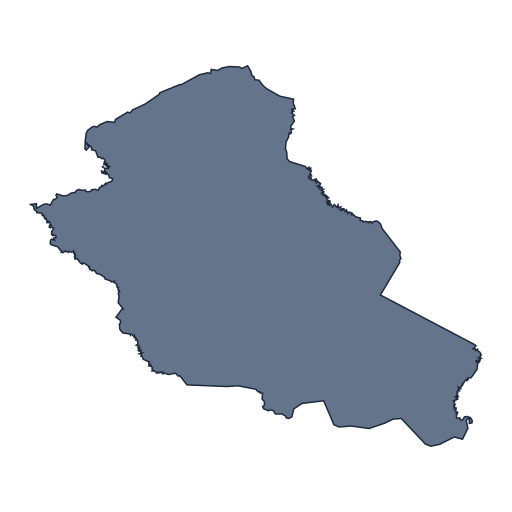 outline of Mamberamo Raya, Papua, Indonesia
{"feature_id": "22746128B39960960221771", "entity_name": "Mamberamo Raya", "entity_type": "district", "adm_level": 2, "iso_a3": "IDN", "parent_name": "Indonesia", "parent_adm1": "Papua", "projection": "orthographic", "projection_center": [137.649, -2.444], "detail": "fine", "context": "isolated", "style": "filled", "palette": "slate", "viewbox_px": 512, "rotation_deg": 0, "n_neighbors": 0, "source": "geoboundaries", "source_scale": "gbopen_adm2", "svg_char_len": 6005}
<svg xmlns="http://www.w3.org/2000/svg" viewBox="0 0 512 512"><path d="M293.6,99.2L279.9,96.2L267.1,89.0L263.0,85.6L258.9,80.1L254.8,79.8L254.2,76.9L251.8,75.4L251.1,71.8L247.6,65.8L241.8,68.5L239.6,67.0L229.5,66.5L221.9,68.0L217.7,70.4L211.3,69.4L210.6,73.4L207.5,72.8L199.3,74.8L181.2,84.7L180.0,84.5L159.8,92.7L159.4,94.2L145.4,103.9L132.4,110.0L130.1,112.9L127.7,112.1L115.5,119.4L114.5,122.4L107.1,121.5L99.7,124.7L97.0,127.1L94.5,126.3L91.9,127.1L87.6,130.5L86.2,133.2L85.1,141.7L91.4,147.3L91.6,149.8L95.6,150.8L98.0,157.2L100.4,157.4L101.7,158.7L103.2,158.2L104.9,159.9L105.2,162.6L107.1,163.9L108.1,166.1L109.6,166.5L108.1,168.5L104.5,168.2L104.5,170.5L108.7,175.1L109.4,177.7L112.5,178.6L112.4,180.4L110.6,181.9L107.6,182.7L106.8,183.9L105.7,183.2L103.7,185.7L101.7,185.4L101.7,186.5L100.0,187.2L97.7,190.3L95.3,189.3L91.7,189.7L91.0,191.2L87.6,191.8L85.7,191.2L85.3,190.0L81.9,190.3L79.1,189.4L76.2,190.6L75.4,192.3L70.8,193.2L67.9,195.3L63.5,196.0L56.8,193.9L55.9,195.2L57.2,197.4L54.9,199.5L53.5,199.4L50.3,205.1L46.8,203.9L43.7,204.3L36.6,208.3L36.4,203.7L30.7,204.4L33.7,206.4L34.3,209.7L37.0,211.6L36.8,212.7L41.7,213.2L42.4,215.6L43.6,215.0L44.5,218.3L45.8,218.2L45.5,219.1L46.6,219.5L47.0,222.7L47.9,222.6L47.5,221.5L48.6,222.4L49.1,221.5L51.3,225.4L49.6,225.1L49.2,227.1L50.5,227.9L51.8,227.1L53.8,228.4L51.4,232.0L52.2,233.7L51.6,234.4L52.8,235.8L53.5,235.0L55.8,235.8L56.0,237.5L53.8,238.0L54.7,240.2L51.7,239.1L50.6,240.1L50.2,243.6L51.2,244.7L57.9,246.9L59.8,249.8L61.6,250.6L61.1,252.4L63.0,252.6L64.9,251.0L65.6,251.8L67.0,251.2L68.4,252.5L69.2,251.5L71.8,252.2L73.6,250.8L73.9,253.4L74.9,253.2L74.7,255.3L75.7,255.6L75.5,256.8L74.5,256.9L75.0,259.1L77.3,258.7L80.4,263.0L82.4,264.1L82.8,263.0L84.7,263.6L88.4,266.0L88.6,267.1L89.4,266.8L89.6,269.5L91.7,269.8L92.0,270.8L94.4,270.3L96.7,273.6L100.3,274.4L104.7,277.5L105.2,279.1L110.9,280.9L111.1,281.8L114.2,281.4L113.6,282.1L116.9,284.4L116.9,286.8L118.2,287.3L117.7,287.7L119.1,290.8L118.3,290.4L118.4,291.1L119.6,292.1L118.2,293.5L119.0,296.3L118.2,302.7L123.3,309.1L121.8,309.3L116.0,317.2L120.4,320.3L120.5,323.0L119.4,324.0L119.8,329.4L122.9,333.0L129.5,333.9L130.3,334.9L130.3,334.2L131.7,334.5L133.8,336.3L134.3,335.6L134.4,337.8L135.4,337.2L136.1,338.2L135.8,340.1L137.3,339.9L138.0,344.2L136.3,345.2L139.2,346.2L138.0,347.3L139.8,348.0L138.5,348.8L139.4,349.8L138.2,350.1L139.1,351.3L141.1,350.3L140.8,352.5L142.0,352.7L139.4,353.8L141.5,354.2L141.0,356.3L142.3,356.5L143.2,359.3L149.5,362.1L148.7,362.8L149.0,364.8L151.4,364.6L149.1,365.9L151.2,366.3L152.7,368.1L151.9,369.1L153.0,370.3L152.2,371.0L154.6,371.0L157.1,373.3L158.2,372.0L159.1,373.0L161.1,371.8L161.6,373.0L162.9,372.2L163.2,373.9L164.5,373.1L168.4,374.5L175.5,373.2L178.2,376.1L180.0,375.9L187.0,384.9L226.9,386.5L238.0,385.8L255.7,389.2L258.2,391.9L259.7,391.5L260.0,393.0L262.6,393.3L262.0,398.9L264.4,401.7L264.4,405.2L262.6,406.6L263.6,408.7L268.6,410.8L269.9,409.9L273.4,410.6L275.3,414.0L281.9,414.0L285.3,415.8L286.4,418.0L288.7,418.5L291.8,417.0L293.8,408.9L302.1,403.4L323.7,400.8L333.9,424.7L339.0,427.0L351.1,426.0L369.0,428.5L385.2,423.0L393.1,419.1L401.3,418.5L425.3,444.0L430.9,446.2L439.8,444.3L454.2,437.0L462.5,439.2L467.9,428.2L466.2,420.6L467.6,418.9L469.3,418.9L469.3,423.4L472.0,422.9L472.2,420.4L470.4,417.6L467.1,416.5L464.6,416.8L462.6,419.8L460.6,420.1L459.7,417.9L457.0,418.2L456.2,416.2L457.5,413.1L456.3,413.1L457.3,412.3L454.9,410.2L456.1,409.4L456.0,407.8L453.9,408.0L454.9,404.9L454.2,405.4L453.8,403.8L454.6,401.5L453.5,400.7L457.4,399.3L456.4,398.6L457.7,397.6L456.1,397.1L457.5,396.7L456.2,396.1L457.6,395.4L456.8,394.9L457.7,392.9L456.5,391.7L457.6,392.1L457.5,391.0L459.7,390.7L458.3,388.7L458.3,387.8L459.1,389.1L459.2,387.4L460.8,388.5L460.7,387.1L462.5,385.3L462.0,384.3L462.9,384.3L464.9,380.6L466.1,380.0L467.0,381.3L466.6,379.3L468.1,379.5L467.6,378.2L471.1,377.7L477.0,369.4L477.8,362.7L475.9,361.6L476.6,360.4L478.4,361.0L478.9,362.4L479.6,361.8L478.9,360.3L480.1,360.2L480.4,358.9L479.2,358.7L480.7,358.3L478.9,357.7L480.5,357.4L480.2,355.6L481.3,354.9L479.9,352.2L477.6,350.6L477.5,349.2L475.7,350.5L475.3,348.9L473.1,348.9L476.0,345.8L474.8,344.7L380.4,295.0L399.7,262.6L399.5,260.2L400.9,258.6L399.8,255.1L400.3,252.0L382.1,228.5L380.5,223.9L377.9,221.5L376.1,220.9L372.4,222.1L372.1,223.2L370.5,221.6L369.0,221.7L368.8,222.7L365.6,221.3L363.5,222.0L362.6,220.8L360.2,220.5L360.4,218.0L355.6,216.8L353.8,214.9L351.4,214.8L351.6,213.7L352.8,214.3L351.9,213.0L350.0,212.3L348.4,213.3L348.9,212.2L345.7,211.8L346.8,210.6L346.3,209.8L345.5,211.0L343.8,209.6L342.6,210.3L343.8,208.9L341.8,208.5L341.2,210.5L339.3,209.0L340.7,207.0L338.5,207.4L338.0,204.9L336.8,207.3L334.3,204.5L332.5,207.0L330.9,204.1L329.5,205.0L329.5,203.1L327.9,204.7L326.7,202.2L328.6,202.6L328.2,200.8L330.0,201.7L329.9,200.9L327.0,200.1L327.1,198.2L328.6,197.9L327.7,196.9L325.8,197.4L324.9,195.7L327.2,196.3L325.0,194.7L323.0,195.2L323.6,193.1L320.9,193.4L323.7,191.8L321.7,190.5L323.4,189.4L321.3,189.3L322.1,187.4L320.6,187.1L319.6,188.3L319.7,186.3L317.7,187.0L317.1,186.1L319.8,185.3L320.6,183.6L317.2,181.0L316.8,182.7L316.0,182.7L315.1,180.6L316.5,179.8L316.3,179.0L312.0,180.3L311.2,178.5L309.6,178.8L310.9,177.0L308.6,177.2L309.6,174.9L311.3,175.3L310.3,173.5L311.3,170.5L310.0,169.8L310.8,168.3L309.5,168.5L309.1,170.2L307.9,168.8L309.5,168.1L309.1,167.2L306.9,168.8L305.5,166.5L289.7,161.6L287.1,158.8L286.8,152.5L285.5,148.8L286.0,142.1L288.6,137.0L288.5,134.8L289.8,134.2L289.2,133.0L291.4,133.0L290.8,129.7L292.8,129.0L291.0,128.5L290.6,126.5L294.4,121.1L292.6,116.6L294.4,115.3L291.6,112.9L292.4,112.5L291.9,110.6L293.6,111.1L292.3,109.0L295.3,108.8L293.2,103.1L293.6,99.2ZM85.2,142.7L84.9,148.8L86.2,150.1L89.5,146.6L85.2,142.7ZM101.5,171.0L101.8,172.8L106.0,174.2L105.8,172.9L101.5,171.0ZM108.2,167.5L109.2,166.7L107.9,166.4L106.1,164.7L105.7,165.4L108.2,167.5ZM103.8,164.6L105.7,164.0L104.3,162.3L103.8,164.6ZM103.4,167.0L101.8,166.4L103.1,167.3L103.4,167.0Z" fill="#64748b" stroke="#1e293b" stroke-width="1.5"/></svg>